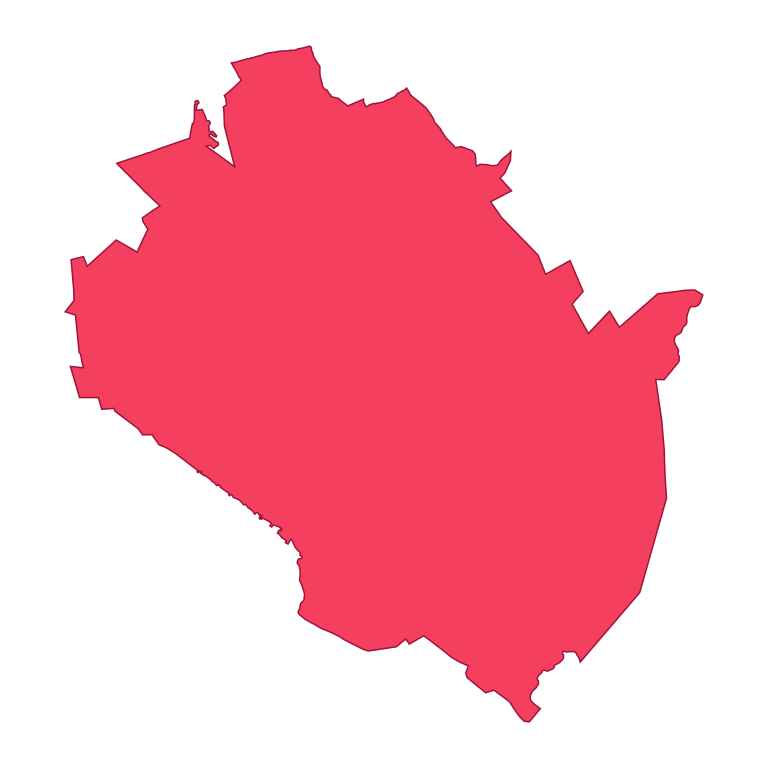 Huitiupán, Chiapas, Mexico
{"feature_id": "50627088B98108453745157", "entity_name": "Huitiupán", "entity_type": "district", "adm_level": 2, "iso_a3": "MEX", "parent_name": "Mexico", "parent_adm1": "Chiapas", "projection": "natural_earth1", "projection_center": [-92.702, 17.241], "detail": "fine", "context": "isolated", "style": "filled", "palette": "rose", "viewbox_px": 768, "rotation_deg": 0, "n_neighbors": 0, "source": "geoboundaries", "source_scale": "gbopen_adm2", "svg_char_len": 6031}
<svg xmlns="http://www.w3.org/2000/svg" viewBox="0 0 768 768"><path d="M666.5,498.2L665.0,475.5L664.2,449.5L661.7,420.4L655.7,379.4L664.1,379.7L666.2,377.1L670.9,371.5L674.1,367.5L677.7,363.3L679.1,361.0L679.2,356.5L678.9,355.5L678.2,354.6L678.0,353.8L678.1,352.7L678.6,351.2L678.4,349.9L677.1,347.4L675.5,344.7L674.4,341.9L674.5,339.3L675.1,337.0L676.4,335.2L679.9,333.4L681.1,332.3L682.2,329.9L682.6,328.2L683.3,327.0L684.3,326.0L685.3,325.3L686.2,324.0L686.9,322.0L686.7,318.0L686.9,316.4L688.0,312.5L689.4,308.6L690.9,306.8L692.5,306.6L695.4,306.6L698.5,305.0L700.4,302.1L702.8,294.9L694.8,290.0L684.9,290.3L676.9,291.5L657.7,293.8L619.4,327.3L609.5,311.1L588.4,333.5L572.1,304.1L583.1,291.5L570.0,260.6L545.6,274.3L538.0,255.1L500.8,216.8L499.3,214.1L490.5,201.8L511.6,190.8L500.1,178.2L504.9,172.8L510.4,160.5L510.9,151.3L508.6,154.0L504.5,157.2L501.1,160.3L497.5,165.1L493.9,165.7L489.9,165.4L487.4,164.7L480.1,164.3L476.6,166.1L476.1,164.7L475.8,163.5L475.7,158.6L475.2,154.3L472.4,150.7L461.4,146.7L454.9,147.6L453.5,145.4L446.4,138.3L441.6,131.2L440.4,128.7L434.5,122.1L433.5,118.9L432.2,116.8L429.8,113.0L425.8,107.6L422.8,105.0L413.5,97.5L410.4,94.8L408.8,91.6L406.6,88.1L404.1,90.4L401.7,91.2L400.3,92.3L397.4,93.5L396.0,95.5L394.4,96.9L389.3,99.3L386.2,100.5L383.2,101.9L378.0,103.2L376.9,103.0L375.7,103.6L374.3,103.5L372.5,103.8L368.7,105.2L368.1,105.8L366.6,106.7L366.2,106.6L365.6,105.9L364.0,103.0L363.5,101.5L363.6,99.2L347.7,105.9L345.4,104.0L341.8,101.5L338.7,98.5L332.1,96.9L331.2,96.4L330.7,94.8L328.3,92.8L328.1,91.4L326.5,89.7L324.7,89.3L322.6,86.4L321.9,82.5L321.0,79.7L319.9,74.7L319.9,66.6L316.4,61.3L314.2,57.5L313.0,54.9L313.1,53.8L311.2,49.5L311.5,48.3L311.1,47.1L309.6,46.1L303.7,47.8L297.5,49.1L296.0,49.9L294.7,50.2L292.0,50.3L290.8,50.2L287.7,50.8L279.1,51.2L278.3,51.5L267.6,53.1L265.6,53.7L262.8,54.8L249.5,58.5L246.7,59.0L244.8,59.6L241.0,60.6L236.1,62.1L231.3,62.9L233.6,66.7L233.5,66.9L234.9,68.8L237.7,74.2L238.5,76.3L241.4,80.0L236.8,84.6L227.9,92.8L224.3,95.5L225.8,98.8L226.5,105.1L223.3,106.9L223.9,111.3L224.4,126.1L234.7,166.8L206.3,146.1L210.0,145.3L210.9,145.8L214.0,148.5L214.4,148.0L217.1,145.9L218.1,145.4L218.6,143.0L217.6,142.3L214.6,140.6L214.5,140.2L208.8,135.7L209.8,133.8L210.3,133.9L213.8,136.2L216.1,137.0L216.7,135.8L215.3,134.4L215.1,133.9L212.5,131.2L211.1,132.2L208.9,130.7L209.2,129.1L208.6,125.8L210.3,123.5L209.5,121.0L207.0,120.6L206.4,120.1L205.5,116.9L204.1,113.6L203.0,112.0L203.0,110.9L202.1,109.5L196.4,110.2L196.4,108.6L197.0,104.9L199.0,102.8L197.9,100.6L195.3,101.1L195.0,104.2L194.5,105.0L194.3,118.6L194.2,121.0L193.1,123.7L192.4,123.6L191.9,126.4L191.7,126.4L189.7,138.2L158.6,148.9L150.3,152.3L146.6,153.2L141.9,155.0L117.1,163.2L116.7,163.4L141.2,187.8L143.4,190.3L144.7,191.8L148.1,194.5L152.8,199.3L160.0,205.9L153.4,210.1L142.3,217.9L143.2,221.9L147.9,229.4L143.5,238.2L137.1,252.1L116.2,240.0L87.2,266.3L83.5,256.6L71.1,259.7L73.7,290.1L74.1,300.4L65.2,311.8L75.5,315.1L79.0,351.0L79.3,352.7L80.6,354.3L82.0,362.0L83.4,367.8L70.4,366.4L77.0,388.6L79.5,397.6L98.4,397.6L101.8,409.3L114.0,408.4L115.1,411.3L138.0,428.5L142.6,434.9L152.0,434.7L159.1,444.8L165.6,447.4L174.5,452.7L195.4,468.7L198.2,470.7L197.0,471.6L197.2,472.0L198.7,472.6L198.8,472.0L198.7,470.9L200.1,471.3L200.6,472.8L201.3,472.2L201.2,473.4L201.7,473.2L201.9,473.3L202.2,474.2L203.2,475.2L203.4,475.1L205.1,475.7L210.8,479.6L211.3,480.9L212.4,481.7L214.4,482.8L216.7,485.5L217.9,484.5L218.1,485.3L220.3,485.8L220.4,487.4L229.2,493.5L228.7,494.8L229.6,495.8L231.0,494.4L232.5,495.6L233.3,497.5L236.5,498.6L237.6,499.2L238.2,499.3L239.0,499.9L241.5,502.1L243.4,504.7L244.6,504.7L245.4,504.3L247.6,506.9L247.6,507.1L249.5,508.7L250.9,509.6L251.3,509.6L251.2,509.3L254.8,514.3L255.3,513.8L255.4,513.4L256.4,512.7L258.1,513.0L258.7,514.4L259.4,515.1L260.2,515.2L260.5,514.8L261.9,515.9L260.8,517.2L260.0,516.5L259.2,518.0L259.9,519.1L260.9,518.4L261.0,518.8L261.7,519.2L262.2,517.9L268.6,521.2L271.4,523.0L269.9,525.8L270.5,526.4L271.8,527.0L273.1,524.8L278.3,526.6L281.1,527.8L281.4,527.6L280.4,529.0L281.7,529.2L280.9,531.1L279.3,530.4L278.4,530.8L277.4,533.3L278.9,533.8L281.7,537.6L286.0,540.2L285.4,542.7L288.0,544.0L290.8,539.2L291.5,539.8L292.0,540.4L292.4,541.1L294.8,546.5L295.9,548.2L297.2,549.8L300.0,552.4L300.3,553.4L299.9,555.0L300.7,555.9L301.4,556.1L302.3,556.9L302.0,557.9L301.4,558.2L301.1,558.5L299.6,558.7L298.2,559.5L297.8,560.4L297.4,561.6L297.3,563.2L297.7,563.9L298.9,565.3L299.3,566.4L299.6,568.4L300.2,570.2L300.0,572.7L300.2,575.3L299.9,576.6L299.9,579.1L299.5,580.2L301.5,584.5L303.4,590.1L304.4,593.5L304.5,594.6L304.5,595.8L304.2,596.9L304.1,598.9L304.0,599.8L303.2,601.0L301.0,602.9L300.5,604.2L300.0,605.8L300.4,606.3L299.4,609.3L298.9,610.1L298.6,610.9L298.1,611.8L298.2,612.5L298.4,613.1L299.1,614.4L305.3,619.4L311.3,622.8L315.2,624.8L320.6,628.1L330.8,632.3L339.9,636.8L344.3,639.8L363.1,649.3L368.3,651.0L396.3,646.8L405.7,639.0L405.9,639.6L408.7,642.9L409.2,644.1L423.7,635.8L429.6,640.1L445.1,652.0L448.8,655.2L451.2,657.1L457.0,660.6L461.0,662.7L468.5,666.0L465.8,672.6L466.9,677.4L477.6,686.2L481.1,688.9L485.6,692.7L494.0,690.2L509.5,701.7L514.0,708.7L517.3,713.6L520.6,717.8L524.1,721.2L529.3,721.9L540.3,708.7L534.9,704.6L531.3,701.3L530.2,698.5L530.1,696.8L530.6,695.1L531.8,692.3L532.4,691.6L533.0,690.4L534.9,689.1L535.6,688.2L536.4,687.5L536.5,686.5L538.4,684.3L538.4,683.2L538.5,682.5L538.4,681.8L538.2,680.9L537.4,679.8L537.4,679.3L537.0,678.8L537.1,678.1L538.3,676.1L539.3,674.9L541.4,672.9L542.1,672.0L542.4,670.8L543.3,670.1L543.9,669.9L545.7,670.5L546.8,671.1L548.4,670.9L550.1,669.8L550.7,669.8L551.7,669.4L553.6,668.2L554.2,667.1L554.3,666.2L554.5,665.5L555.0,664.9L555.8,664.4L557.6,663.8L558.4,663.1L559.4,662.7L561.0,661.2L562.9,659.1L563.3,658.3L563.5,657.4L563.7,656.1L562.7,653.8L562.5,652.9L562.9,651.7L563.6,651.3L564.7,651.4L566.7,652.0L569.2,651.7L572.4,651.6L575.0,651.9L575.8,652.7L577.3,655.5L578.7,657.3L579.3,658.8L580.2,662.1L639.7,592.6L666.5,498.2Z" fill="#f43f5e" stroke="#9f1239" stroke-width="1.5"/></svg>